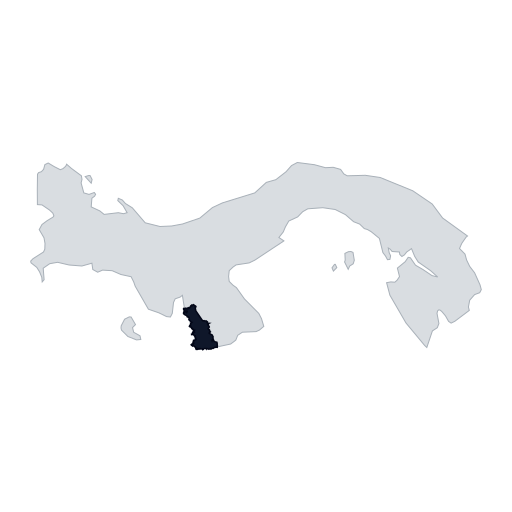 Mariato, Veraguas, Panama (highlighted)
{"feature_id": "35544464B44926155348372", "entity_name": "Mariato", "entity_type": "district", "adm_level": 2, "iso_a3": "PAN", "parent_name": "Panama", "parent_adm1": "Veraguas", "projection": "mercator", "projection_center": [-80.871, 7.491], "detail": "fine", "context": "in_parent", "style": "filled", "palette": "ink", "viewbox_px": 512, "rotation_deg": 0, "n_neighbors": 0, "source": "geoboundaries", "source_scale": "gbopen_adm2", "svg_char_len": 8374}
<svg xmlns="http://www.w3.org/2000/svg" viewBox="0 0 512 512"><path d="M467.5,236.0L466.1,237.1L461.8,243.3L459.5,248.5L465.0,254.1L466.6,260.0L469.7,266.4L474.6,272.8L480.0,284.8L481.3,289.6L479.7,292.7L474.6,294.6L469.7,300.2L468.4,307.0L469.3,310.4L454.8,321.3L451.1,323.1L448.6,321.4L445.5,315.9L441.8,311.5L439.9,310.0L438.7,309.9L437.6,310.9L437.0,313.3L438.9,323.5L437.3,327.7L432.4,330.9L426.8,347.5L424.6,345.4L406.0,323.0L389.9,295.2L386.6,282.7L390.8,281.9L394.8,282.2L397.0,280.3L399.5,276.6L397.4,268.1L405.2,261.7L408.2,257.3L410.4,257.8L415.5,265.2L422.9,269.5L432.0,275.6L437.7,277.0L430.5,270.6L418.2,262.0L414.7,256.4L411.5,248.6L406.7,252.0L404.4,254.9L401.9,256.5L399.8,254.5L399.4,252.0L392.1,251.5L390.2,249.2L388.3,248.0L389.2,252.8L390.6,255.8L389.9,259.4L387.5,259.7L385.5,256.0L382.9,252.6L379.4,238.4L371.2,231.7L367.4,229.5L364.3,228.6L359.7,224.1L353.6,221.7L345.4,214.6L335.2,209.5L322.8,207.7L307.8,208.8L302.7,211.7L299.3,215.2L297.7,216.9L288.8,221.0L285.4,226.9L283.3,231.9L278.9,237.5L283.9,240.9L254.9,260.1L249.2,262.9L236.1,264.9L233.1,267.0L229.2,270.7L228.6,276.5L229.2,281.4L233.0,285.2L236.4,287.6L244.5,299.0L258.8,313.4L261.5,318.7L263.8,326.4L259.4,330.1L256.1,331.6L242.4,332.2L237.7,335.3L235.8,340.1L230.7,344.0L213.1,347.8L199.3,348.2L195.0,343.8L194.0,331.3L184.7,310.0L182.4,295.3L180.1,297.1L175.2,298.8L173.5,302.5L172.3,313.3L170.4,317.0L166.6,316.6L158.8,312.8L148.4,309.2L135.2,286.2L133.7,281.9L131.1,276.7L120.9,274.5L112.2,270.7L102.6,270.1L97.7,272.2L92.8,269.5L91.9,263.2L81.9,266.0L69.1,265.0L57.6,262.3L49.7,263.7L43.2,268.2L44.1,279.7L42.2,281.9L41.8,277.3L39.6,271.9L36.8,267.4L31.0,262.8L30.7,261.1L33.0,258.7L43.5,252.0L44.8,249.2L45.0,243.4L44.0,237.8L39.2,229.6L42.0,224.5L47.4,220.5L52.9,217.2L53.9,215.9L52.8,213.1L49.6,210.1L42.0,204.9L37.4,204.6L37.3,189.8L37.5,174.2L38.6,172.6L41.4,171.7L43.6,169.3L44.9,164.6L48.2,163.0L54.2,166.6L60.3,169.7L62.9,168.7L64.8,167.1L66.1,165.6L66.6,164.2L71.4,168.4L81.4,175.8L82.0,179.4L81.1,182.9L83.8,192.9L89.0,194.4L94.3,192.5L95.6,194.3L94.6,196.2L91.9,198.2L91.2,206.9L99.8,210.9L104.1,214.4L118.3,212.7L123.5,213.7L127.1,212.7L123.1,205.7L117.8,200.6L118.3,198.3L122.3,200.0L125.4,203.5L132.3,207.8L145.2,222.8L160.0,226.5L171.6,226.0L182.5,224.0L199.8,218.1L212.4,207.6L222.4,202.9L254.8,192.9L266.3,182.4L271.2,181.0L275.8,179.7L286.0,171.8L291.5,165.6L297.3,162.5L314.4,164.7L325.5,167.7L333.2,167.3L340.6,169.4L343.8,173.9L347.2,175.8L365.3,175.3L380.2,177.5L412.8,190.8L432.2,204.0L442.6,218.0L467.5,236.0ZM140.8,339.5L136.5,339.9L127.9,336.5L121.5,330.1L121.0,328.0L121.2,325.8L124.6,319.2L129.2,316.9L131.1,317.0L135.5,324.6L132.5,327.6L133.7,332.3L140.0,335.8L140.8,339.5ZM349.7,266.0L348.2,269.3L344.6,262.0L345.2,260.1L344.9,253.4L348.4,251.7L350.9,251.5L353.0,252.4L354.3,260.3L353.2,263.8L349.7,266.0ZM92.1,179.5L91.2,183.2L85.2,176.6L88.8,175.5L90.1,175.6L92.1,179.5ZM336.8,267.6L333.4,271.1L332.0,267.8L334.5,264.4L335.3,264.4L336.8,267.6Z" fill="#d9dde1" stroke="#a8b0b8" stroke-width="1"/><path d="M193.2,304.7L192.7,305.2L192.3,305.2L192.2,305.4L192.1,305.1L191.7,305.0L191.2,305.6L190.9,305.7L190.7,306.0L191.0,306.1L190.9,306.2L190.6,306.4L190.5,306.9L190.3,306.8L190.2,306.9L190.3,307.2L189.7,307.7L189.5,307.8L189.5,308.0L189.3,308.0L188.8,307.6L188.4,307.8L188.5,308.0L188.7,308.4L188.0,308.5L187.8,308.3L187.7,308.6L187.3,308.6L187.0,308.4L186.8,308.5L186.3,308.6L186.1,308.4L186.0,308.7L186.3,308.9L185.9,308.9L186.1,309.2L185.9,309.0L185.8,308.8L185.3,308.8L184.9,308.4L184.3,308.5L183.7,308.4L183.5,308.8L183.7,309.7L184.1,309.8L184.2,309.4L184.2,309.6L184.6,309.2L184.6,309.3L185.0,309.6L184.6,309.3L184.0,310.0L184.2,310.6L184.9,311.1L185.1,311.2L185.6,310.9L186.4,310.9L186.9,311.2L187.2,311.1L187.4,311.1L187.2,311.2L187.2,311.3L187.4,311.5L187.6,311.5L187.8,311.6L188.0,311.6L187.4,311.6L187.2,311.4L187.1,311.2L186.9,311.3L186.9,311.6L187.4,311.9L186.9,311.8L186.7,311.6L186.7,311.2L186.2,311.2L186.2,312.1L186.3,312.3L186.6,312.7L187.0,312.5L187.4,312.6L187.0,312.6L186.6,312.8L186.1,312.3L186.0,311.2L185.2,311.3L184.8,311.5L184.9,311.9L184.8,312.0L184.9,311.9L184.8,311.6L184.6,311.5L184.3,311.7L184.2,312.1L184.3,312.4L184.2,312.6L184.3,313.0L184.2,313.3L184.3,313.0L184.1,312.5L183.7,312.3L183.5,313.1L183.6,313.7L184.6,314.6L187.0,315.8L187.1,316.7L188.0,317.1L188.1,316.8L188.5,316.6L188.1,316.8L188.1,317.1L188.5,317.3L188.7,317.1L188.9,317.1L189.0,317.0L188.9,317.3L188.7,317.1L188.5,317.3L188.4,317.3L188.8,317.7L189.1,317.8L189.3,318.0L189.0,317.8L189.3,318.6L189.3,319.0L188.9,319.5L189.0,319.8L189.6,320.3L190.0,320.5L191.3,322.3L191.8,322.4L191.7,322.5L191.3,322.3L191.2,322.2L191.2,323.0L190.8,323.5L190.6,323.5L190.7,324.8L190.5,325.3L189.9,325.3L189.9,325.7L189.6,325.8L189.4,326.4L189.8,326.6L190.0,326.9L191.2,327.3L191.0,327.1L191.4,327.3L191.5,327.9L191.8,327.9L192.0,328.2L191.9,328.2L191.8,328.3L192.0,328.5L191.9,328.7L192.8,329.4L193.6,330.5L193.8,331.0L193.7,331.5L193.9,331.2L193.8,330.8L193.9,330.6L193.8,330.4L193.7,330.3L193.7,330.2L194.0,330.6L193.9,331.0L194.3,330.9L194.4,330.7L194.5,330.6L194.5,331.0L194.8,331.0L194.6,331.0L194.5,330.7L194.3,330.9L194.0,331.0L193.9,331.3L194.0,331.2L194.1,331.4L194.0,331.2L193.7,331.6L193.8,332.0L194.0,332.1L193.9,332.2L193.7,332.2L193.9,332.2L193.6,331.9L193.6,331.5L193.4,331.5L193.1,331.8L193.1,332.0L193.0,332.3L192.7,332.3L192.6,332.5L192.5,333.1L192.9,333.7L193.2,333.4L193.0,333.1L193.5,333.1L193.3,333.2L193.3,333.5L193.0,333.6L192.8,334.3L193.0,334.2L193.7,334.9L194.9,336.4L195.1,336.4L195.3,336.1L195.5,336.3L195.4,336.1L195.1,336.4L194.9,336.4L195.3,337.2L195.5,337.3L195.5,337.8L195.8,338.7L195.7,338.7L195.8,339.3L195.9,339.5L195.2,339.7L195.0,339.8L194.5,340.5L194.3,340.6L193.7,340.4L193.7,340.6L193.8,340.8L193.4,341.0L193.5,341.4L193.2,341.7L193.0,342.4L193.4,343.0L193.6,342.7L193.8,342.8L194.2,342.8L194.3,342.6L194.2,342.8L193.7,342.8L193.3,343.0L193.2,343.3L193.1,343.5L193.4,343.7L193.3,344.2L192.7,344.2L192.5,344.7L192.3,344.8L191.9,345.4L192.6,345.6L192.4,345.9L192.5,346.0L192.6,345.9L192.8,345.9L192.8,346.0L193.1,346.0L194.0,346.0L194.5,346.4L194.6,346.7L195.3,346.8L195.3,347.2L195.5,347.4L195.6,347.7L196.1,347.9L196.2,348.1L195.8,348.8L196.1,349.3L195.9,349.3L196.1,349.4L196.5,349.1L196.8,349.4L197.4,349.4L197.7,348.8L197.9,349.2L198.3,349.2L198.5,349.0L198.5,348.6L199.0,348.5L199.2,349.0L199.9,349.1L200.0,349.0L200.0,348.8L200.3,348.9L200.6,348.6L201.3,348.9L202.2,349.0L202.4,349.3L202.6,349.1L202.8,349.5L203.2,349.1L203.4,349.1L203.5,349.2L204.0,348.6L204.5,348.5L204.9,348.4L205.7,348.7L206.4,348.7L206.6,349.0L206.8,348.5L207.1,348.6L207.9,348.8L208.0,348.9L208.3,349.1L208.5,348.8L208.9,348.8L208.9,348.7L209.0,348.9L209.5,349.1L210.1,348.8L210.3,349.0L210.4,348.9L210.4,348.6L210.6,348.7L210.9,348.5L211.1,348.7L211.5,348.6L211.6,348.8L212.0,348.5L212.2,348.3L212.7,348.3L212.8,348.1L213.1,347.9L213.7,347.7L213.8,347.9L214.0,347.6L214.6,347.5L214.9,347.3L215.1,347.4L215.3,347.2L216.1,347.3L216.2,347.2L216.7,347.2L217.2,347.3L217.3,346.3L217.1,346.1L217.3,345.6L217.2,345.2L217.3,345.2L217.2,344.6L217.2,343.6L216.9,342.2L216.6,342.1L215.8,342.2L215.5,342.1L215.2,341.8L214.4,341.6L214.1,341.0L213.6,340.7L213.6,340.1L212.8,339.7L212.2,339.9L212.1,340.2L212.0,340.6L211.9,340.3L212.0,340.0L213.1,339.1L212.9,338.8L213.1,338.2L212.7,337.3L213.1,336.9L212.9,336.3L212.3,335.4L212.2,335.0L211.8,334.7L211.6,334.6L211.3,334.6L211.1,334.4L210.8,334.4L210.3,333.9L209.5,333.6L209.1,333.1L209.5,332.5L210.2,332.1L210.4,331.9L209.7,331.2L209.8,330.9L209.4,330.3L209.5,330.2L209.4,329.8L209.0,329.7L208.9,329.5L208.3,329.2L208.1,328.8L208.3,328.2L208.6,328.1L208.9,327.4L209.3,327.1L209.3,326.8L209.0,326.5L208.8,325.9L208.5,325.7L208.2,325.6L208.3,324.9L207.8,324.5L208.4,324.0L208.4,323.6L209.0,323.3L207.9,323.2L207.3,322.9L207.1,322.4L207.3,322.0L207.0,321.9L207.1,321.6L206.2,320.9L205.8,320.9L205.2,321.1L204.7,321.0L204.3,320.7L203.9,320.9L203.4,320.7L202.8,320.8L202.6,320.5L202.2,320.2L195.8,310.8L195.1,307.1L195.9,306.9L195.9,306.4L195.4,305.9L194.5,305.7L194.3,305.2L193.9,305.1L193.7,304.9L193.5,305.0L193.2,304.7ZM191.3,344.9L191.4,344.7L191.0,344.9L191.0,345.0L190.9,345.2L191.3,344.9ZM192.7,334.1L192.4,334.1L192.4,334.3L192.5,334.3L192.7,334.1ZM191.6,344.7L191.6,344.4L191.4,344.6L191.6,344.7ZM191.8,334.5L191.6,334.4L191.6,334.5L191.8,334.5Z" fill="#0f172a" stroke="#020617" stroke-width="1.5"/></svg>